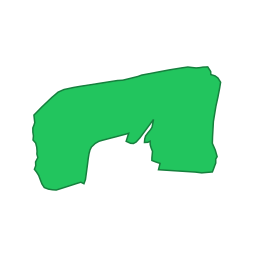 outline of Starehe, Nairobi, Kenya, rotated 106°
{"feature_id": "3690345B38564256693946", "entity_name": "Starehe", "entity_type": "district", "adm_level": 2, "iso_a3": "KEN", "parent_name": "Kenya", "parent_adm1": "Nairobi", "projection": "albers", "projection_center": [36.838, -1.29], "detail": "fine", "context": "isolated", "style": "filled", "palette": "green", "viewbox_px": 256, "rotation_deg": 106, "n_neighbors": 0, "source": "geoboundaries", "source_scale": "gbopen_adm2", "svg_char_len": 1411}
<svg xmlns="http://www.w3.org/2000/svg" viewBox="0 0 256 256"><g transform="rotate(106 128 128)"><path d="M193.5,206.6L195.6,203.7L198.3,200.7L202.5,197.6L205.5,195.3L208.3,192.1L208.7,187.7L208.2,183.6L207.4,179.9L205.3,176.7L200.9,170.1L196.0,162.8L193.1,158.4L193.7,155.0L189.3,154.7L183.0,155.6L173.6,157.0L168.5,157.8L163.5,158.4L159.6,158.5L156.3,157.9L151.9,155.3L148.8,152.3L146.9,149.3L142.2,141.4L139.7,137.1L137.1,132.8L134.5,128.4L132.9,125.9L141.3,126.1L142.0,121.3L141.4,118.5L139.2,116.3L134.3,113.9L126.6,111.0L112.7,105.8L120.7,105.1L123.5,105.9L127.1,107.5L130.8,108.9L133.9,108.9L137.4,108.2L136.3,105.0L134.6,103.1L138.0,102.0L140.6,100.4L143.7,98.0L150.1,96.8L152.6,96.1L153.0,92.0L153.2,87.4L159.7,87.2L151.8,51.1L150.8,44.8L147.0,34.8L144.1,34.5L140.9,34.3L137.5,34.0L133.6,35.1L131.0,34.4L125.2,38.0L119.5,42.7L113.2,44.3L98.2,47.7L82.9,49.5L73.4,50.1L64.5,50.9L58.5,51.6L55.1,55.4L53.9,58.7L53.8,63.1L50.9,64.1L47.3,68.2L48.8,72.7L50.3,75.9L51.5,79.1L52.1,82.5L52.9,87.3L55.3,92.7L60.8,104.4L73.4,129.5L75.7,132.6L78.4,137.3L80.3,140.6L83.5,146.2L85.3,151.3L101.3,185.8L104.1,191.6L108.7,200.2L112.8,205.1L119.6,209.6L131.3,216.5L141.5,222.0L145.2,220.5L148.5,219.1L151.2,219.2L154.2,219.5L158.2,218.3L161.7,216.7L165.7,216.0L167.9,212.6L171.7,210.4L175.5,209.0L178.2,208.4L181.3,206.5L186.1,207.5L189.7,206.3L193.5,206.6Z" fill="#22c55e" stroke="#15803d" stroke-width="1.5"/></g></svg>